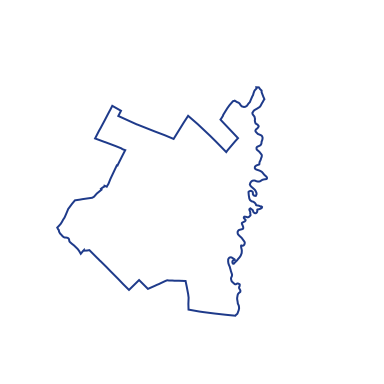 Sirna, Prahova, Romania (Albers equal-area conic projection), rotated 224°
{"feature_id": "2599482B16064748889643", "entity_name": "Sirna", "entity_type": "district", "adm_level": 2, "iso_a3": "ROU", "parent_name": "Romania", "parent_adm1": "Prahova", "projection": "albers", "projection_center": [25.931, 44.787], "detail": "fine", "context": "isolated", "style": "outline", "palette": "blue", "viewbox_px": 384, "rotation_deg": 224, "n_neighbors": 0, "source": "geoboundaries", "source_scale": "gbopen_adm2", "svg_char_len": 6043}
<svg xmlns="http://www.w3.org/2000/svg" viewBox="0 0 384 384"><g transform="rotate(224 192 192)"><path d="M177.2,277.4L178.0,278.9L178.6,279.7L179.1,280.2L179.9,280.6L180.9,280.9L181.5,280.8L181.9,280.7L183.5,280.1L185.0,279.5L187.7,279.6L188.2,279.7L188.7,279.9L189.0,280.2L189.4,281.2L189.4,281.9L189.2,283.1L189.3,284.4L189.4,284.9L189.7,285.6L190.1,285.8L191.8,286.0L192.9,285.6L193.5,285.6L193.9,285.5L194.3,285.7L194.8,285.9L196.3,286.9L197.4,288.3L199.4,289.6L202.2,290.0L203.1,290.5L203.5,290.8L203.9,292.6L204.0,293.3L204.0,294.1L203.4,296.2L203.2,296.8L202.5,299.7L202.4,300.3L202.4,300.6L202.5,301.4L202.7,302.2L203.4,304.6L203.6,305.7L204.3,308.2L204.3,308.9L204.9,309.3L206.5,309.9L211.2,312.1L212.4,313.3L214.5,313.3L216.6,313.7L218.5,312.0L217.5,311.3L217.5,309.0L217.3,307.9L216.3,305.7L215.4,304.1L215.1,302.8L214.4,300.9L213.3,298.0L212.9,297.2L212.8,296.7L212.8,294.8L212.4,292.4L212.4,292.0L212.5,291.5L212.7,290.9L213.0,290.1L213.3,289.7L213.9,289.1L215.1,288.5L215.6,288.2L217.0,288.2L219.3,288.7L220.5,288.6L222.2,287.9L223.7,287.6L224.7,287.4L224.9,286.8L225.4,286.2L225.6,285.8L225.4,281.8L225.3,280.3L224.8,276.9L224.2,274.0L223.1,269.0L222.7,268.5L222.1,265.7L221.8,263.9L221.0,263.8L196.3,262.7L196.2,258.8L195.7,250.9L195.4,246.4L195.1,244.5L209.9,244.9L218.0,245.0L234.9,244.8L247.7,244.1L246.2,236.3L242.1,217.4L251.1,213.9L260.6,209.8L278.3,202.5L278.6,202.3L297.8,195.5L299.5,201.1L309.2,198.6L308.0,194.7L307.4,192.5L306.3,188.7L304.6,183.0L302.1,174.2L301.4,171.4L298.9,163.2L289.3,167.4L289.2,167.5L278.8,172.0L273.4,174.2L272.8,174.4L272.0,174.4L269.1,175.7L267.3,169.7L264.2,159.8L264.0,159.3L264.6,159.0L259.8,144.8L257.8,139.9L257.3,137.7L257.0,136.6L259.3,135.7L258.9,135.0L259.0,134.3L259.4,133.2L259.7,131.0L258.7,130.8L259.4,124.8L259.2,120.5L259.8,118.5L262.7,114.8L265.8,110.8L267.3,108.7L270.4,104.7L270.1,100.3L269.6,96.4L269.5,95.8L269.3,93.9L267.1,88.3L265.9,85.0L265.5,82.7L264.8,80.2L264.3,77.8L264.2,75.2L264.2,72.8L262.5,72.2L262.1,72.1L261.7,72.2L261.1,71.9L260.0,71.1L259.6,71.0L258.1,70.5L256.7,70.5L254.5,70.3L253.0,70.4L252.0,70.8L250.5,72.1L249.5,72.6L248.7,72.8L247.7,72.6L246.0,71.4L245.3,71.2L242.6,71.3L239.7,71.6L235.0,71.6L234.0,71.5L231.9,71.1L229.1,70.3L229.4,73.9L229.4,75.2L228.9,74.8L226.9,76.9L225.4,78.9L214.8,78.7L211.8,78.7L211.2,78.6L210.5,78.6L210.2,78.7L201.1,78.6L195.7,78.4L185.0,78.2L177.6,77.9L169.3,77.8L168.9,91.9L156.4,91.7L153.5,98.8L152.8,100.7L151.8,102.9L151.2,104.6L149.3,109.6L148.5,111.3L147.1,112.3L144.6,114.7L143.2,115.8L140.2,118.7L134.8,123.5L130.1,120.3L124.0,116.0L121.0,113.6L116.9,109.0L112.8,105.0L103.7,111.1L100.4,113.5L91.3,120.3L82.1,127.4L74.9,133.1L75.0,133.8L74.8,135.8L74.9,136.2L75.7,138.0L76.3,139.4L77.3,141.0L78.4,142.0L79.5,142.8L81.6,143.6L82.5,144.4L85.1,146.3L85.9,147.1L87.6,149.6L88.0,150.5L88.1,151.3L88.1,152.3L87.9,153.3L87.9,153.7L88.1,154.0L88.6,154.6L89.4,155.0L91.2,155.5L91.8,156.0L92.1,156.3L92.4,157.4L93.2,158.4L93.4,158.6L93.8,158.7L95.4,158.1L95.9,157.6L96.2,156.5L96.4,156.0L97.3,155.4L100.1,155.3L101.0,155.3L101.8,155.5L103.3,156.4L103.9,156.9L104.4,157.7L104.7,158.8L104.9,159.2L105.3,159.8L105.7,160.3L106.5,160.8L109.2,162.2L110.6,163.1L111.2,163.4L113.0,164.5L114.8,165.2L116.3,166.0L117.7,167.1L119.1,168.6L119.3,169.0L119.5,170.2L119.5,170.6L119.3,171.2L119.0,171.7L118.1,172.4L116.2,172.8L114.8,173.1L114.4,173.1L114.3,172.9L114.2,172.8L114.9,171.1L114.9,170.6L114.6,170.0L113.9,169.3L113.3,169.0L112.8,168.9L112.3,169.2L112.2,169.3L112.1,169.8L112.2,170.7L112.1,174.1L112.3,175.8L112.4,178.0L112.6,179.3L112.9,180.4L113.3,181.3L113.8,182.5L114.7,183.6L115.7,184.7L118.0,186.2L119.3,187.3L119.4,187.8L118.6,188.2L118.1,188.7L117.8,189.4L117.8,190.1L117.8,190.4L118.1,191.1L118.6,191.9L119.1,192.4L119.9,192.7L124.5,193.5L127.2,193.4L129.4,193.5L129.9,193.7L130.7,194.2L131.5,195.0L131.8,196.0L131.9,196.5L131.8,197.3L131.4,198.0L130.0,200.3L129.8,200.9L129.9,201.3L130.1,201.7L130.9,202.4L132.1,203.0L133.9,203.7L134.5,204.2L134.6,204.7L133.6,207.6L133.6,208.3L133.9,209.0L134.3,209.2L136.2,209.2L136.6,209.3L136.9,209.5L137.2,210.0L137.2,210.6L136.9,210.9L136.0,211.6L134.8,212.2L134.4,212.4L134.1,212.8L133.8,213.4L133.7,214.0L133.7,215.6L133.8,216.0L134.1,216.3L135.2,217.0L136.0,217.9L136.6,218.3L137.9,218.8L138.5,219.2L138.7,219.4L138.8,219.7L138.8,220.1L138.7,220.4L138.6,220.8L135.7,221.1L135.2,220.9L134.1,220.3L133.5,220.2L132.3,220.3L131.9,220.6L131.6,220.8L131.3,221.2L131.2,221.8L131.2,222.4L131.4,223.1L131.6,223.3L132.1,224.0L132.7,224.5L132.8,224.8L132.6,225.2L131.8,226.2L131.1,227.6L130.8,228.7L130.8,229.2L131.0,229.6L131.2,229.9L131.4,229.9L132.1,229.8L132.4,229.4L132.7,229.2L134.1,228.7L135.0,228.2L136.1,227.4L136.7,227.1L137.4,227.5L137.9,227.6L138.8,227.8L139.8,227.8L141.1,227.6L142.7,226.7L143.7,226.6L144.5,226.5L145.4,226.8L146.2,227.1L148.9,229.1L151.0,230.9L151.4,231.4L151.3,232.2L151.1,232.7L150.5,233.7L149.6,234.1L148.9,234.2L148.4,234.2L147.5,233.6L146.8,232.8L145.9,232.5L145.0,232.5L144.7,232.6L143.7,233.2L143.4,233.6L143.9,234.9L144.0,235.2L144.8,236.0L145.4,236.3L146.9,236.9L148.1,237.2L149.7,237.2L153.1,237.0L154.3,237.1L155.1,237.4L155.5,237.5L155.7,237.8L156.3,238.9L156.5,239.6L156.6,240.7L156.5,241.6L156.1,242.5L155.6,243.1L155.0,243.7L154.5,244.0L153.3,244.4L152.1,245.1L151.1,246.0L150.9,246.3L150.4,247.2L150.3,247.7L150.1,248.7L149.8,249.7L148.9,251.2L147.6,252.8L147.4,253.2L147.5,253.8L147.8,254.2L148.1,254.4L148.6,254.6L149.2,254.7L152.0,254.6L154.4,254.9L155.5,255.0L156.7,254.8L158.0,254.4L158.7,254.1L161.0,253.0L161.8,252.7L162.4,252.6L162.8,252.6L163.5,252.9L163.8,253.3L164.2,253.8L164.3,254.1L164.3,254.6L164.1,255.9L163.8,256.5L162.9,258.3L162.8,258.6L162.9,258.8L163.9,260.1L164.2,260.5L164.4,261.1L164.7,262.1L165.0,262.9L165.8,264.4L166.3,265.7L167.0,266.6L167.3,266.9L167.8,267.2L171.5,267.7L174.7,267.5L175.3,267.7L176.0,268.3L176.4,268.8L176.5,269.2L176.5,269.6L176.4,270.1L175.5,272.3L175.3,273.2L175.3,273.7L175.5,274.5L175.9,275.3L176.8,276.4L177.1,276.9L177.2,277.4Z" fill="none" stroke="#1e3a8a" stroke-width="2"/></g></svg>